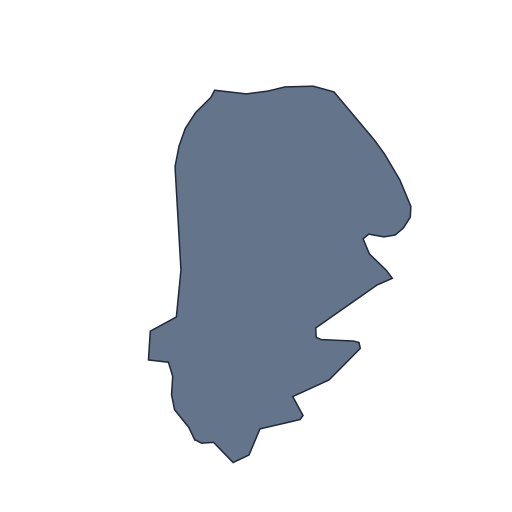 outline of North Somerset, rotated 320°
{"feature_id": "GBR-2045", "entity_name": "North Somerset", "entity_type": "Unitary Authority", "adm_level": 1, "iso_a3": "GBR", "parent_name": "United Kingdom", "parent_adm1": "", "projection": "mercator", "projection_center": [-2.807, 51.391], "detail": "fine", "context": "isolated", "style": "filled", "palette": "slate", "viewbox_px": 512, "rotation_deg": 320, "n_neighbors": 0, "source": "natural_earth", "source_scale": "10m", "svg_char_len": 859}
<svg xmlns="http://www.w3.org/2000/svg" viewBox="0 0 512 512"><g transform="rotate(320 256 256)"><path d="M90.8,357.6L90.9,357.4L94.3,344.2L94.8,321.4L102.1,308.0L114.8,294.7L120.6,281.1L106.8,266.5L126.7,245.6L155.8,251.5L189.5,218.5L251.4,135.5L267.7,122.3L283.9,112.8L301.8,107.3L323.4,105.5L330.9,102.4L337.2,109.1L352.7,125.5L371.1,137.3L386.9,145.1L409.0,162.7L421.2,180.4L421.2,200.0L421.2,217.6L421.2,243.2L420.0,260.8L418.5,269.6L415.1,290.2L406.5,317.6L399.2,325.4L386.9,329.3L375.9,329.3L366.2,323.5L356.4,311.7L349.1,311.7L344.2,327.3L346.6,350.8L346.1,360.7L330.0,356.0L255.5,349.5L249.9,356.9L252.1,361.8L276.2,384.0L279.3,388.5L276.5,393.8L232.4,397.9L193.8,387.3L189.5,408.4L184.7,409.6L147.9,391.0L122.8,403.9L105.7,399.5L103.7,371.5L94.3,364.6L93.8,364.0L91.6,358.7L90.8,357.6Z" fill="#64748b" stroke="#1e293b" stroke-width="1.5"/></g></svg>